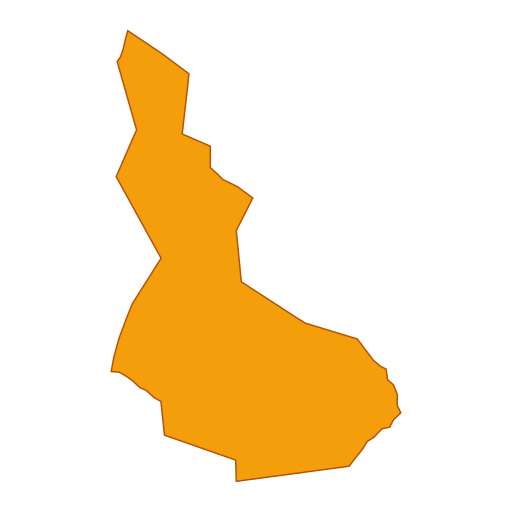 Olho D'Água do Piauí, Piauí, Brazil
{"feature_id": "56859067B64326176741093", "entity_name": "Olho D'Água do Piauí", "entity_type": "district", "adm_level": 2, "iso_a3": "BRA", "parent_name": "Brazil", "parent_adm1": "Piauí", "projection": "mercator", "projection_center": [-42.549, -5.829], "detail": "fine", "context": "isolated", "style": "filled", "palette": "amber", "viewbox_px": 512, "rotation_deg": 0, "n_neighbors": 0, "source": "geoboundaries", "source_scale": "gbopen_adm2", "svg_char_len": 807}
<svg xmlns="http://www.w3.org/2000/svg" viewBox="0 0 512 512"><path d="M236.3,481.3L349.2,466.2L354.3,459.4L362.9,448.6L367.2,441.5L373.9,437.2L382.1,428.7L389.7,427.2L393.5,419.8L400.8,412.8L397.1,405.2L397.4,394.6L393.4,384.8L387.6,379.7L386.1,369.1L380.5,366.3L373.3,360.2L357.3,339.0L305.4,323.2L296.2,317.5L241.3,281.8L236.3,230.5L252.8,198.0L237.6,186.8L222.9,179.5L217.7,174.3L210.3,167.6L210.3,146.2L182.2,134.0L188.0,83.3L188.9,73.8L163.0,54.4L127.8,30.7L125.6,38.5L124.2,44.8L122.5,51.3L120.5,56.8L117.2,61.7L136.6,130.0L133.4,137.0L116.2,176.7L161.1,258.2L132.4,303.6L126.8,317.5L119.0,338.3L113.7,357.9L111.2,371.5L119.3,372.2L126.0,376.1L132.4,380.7L140.3,387.9L146.1,390.3L154.1,397.6L160.9,401.4L164.5,435.2L235.7,460.1L236.3,481.3Z" fill="#f59e0b" stroke="#b45309" stroke-width="1.5"/></svg>